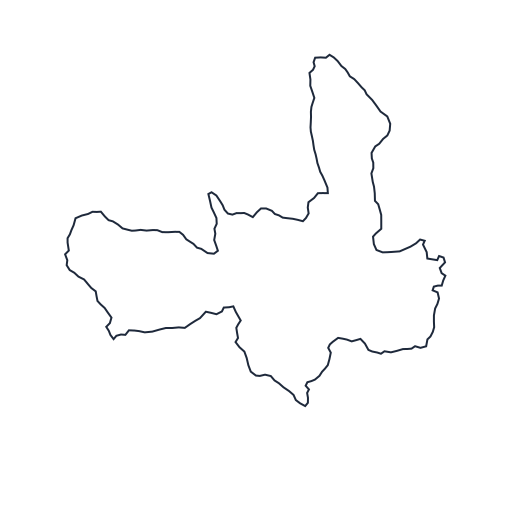 the district of Espera Feliz, Minas Gerais, Brazil, rotated 336°
{"feature_id": "56859067B13761080010034", "entity_name": "Espera Feliz", "entity_type": "district", "adm_level": 2, "iso_a3": "BRA", "parent_name": "Brazil", "parent_adm1": "Minas Gerais", "projection": "natural_earth1", "projection_center": [-41.928, -20.588], "detail": "fine", "context": "isolated", "style": "outline", "palette": "slate", "viewbox_px": 512, "rotation_deg": 336, "n_neighbors": 0, "source": "geoboundaries", "source_scale": "gbopen_adm2", "svg_char_len": 3618}
<svg xmlns="http://www.w3.org/2000/svg" viewBox="0 0 512 512"><g transform="rotate(336 256 256)"><path d="M374.8,122.6L374.2,129.5L373.6,135.3L370.3,138.9L367.3,142.3L364.8,146.6L362.8,151.4L360.3,156.4L358.1,160.7L356.7,164.7L355.8,169.3L354.8,174.0L353.6,178.1L352.4,182.6L351.8,187.4L350.9,191.9L349.9,196.1L349.5,200.9L348.9,205.2L349.3,209.6L349.3,215.2L349.1,222.6L347.2,227.8L342.4,225.6L338.1,223.8L332.7,226.6L325.8,228.2L323.0,232.8L321.4,238.5L317.1,241.6L313.0,243.3L308.9,240.0L304.8,237.0L300.0,234.2L296.0,231.8L293.5,228.2L290.3,225.3L288.9,221.2L284.6,216.7L279.9,214.6L274.6,216.4L268.9,219.2L265.4,214.7L262.7,211.9L259.1,210.5L255.7,208.9L251.3,208.6L247.6,205.8L246.0,200.9L246.2,196.1L245.6,191.6L244.4,184.6L241.3,179.7L237.7,180.0L236.4,187.0L235.0,193.7L235.2,198.7L235.3,205.2L233.2,210.6L229.1,214.2L227.9,219.1L224.3,224.4L223.8,230.8L223.3,235.7L218.5,236.8L212.9,233.6L208.9,227.2L205.5,224.4L203.8,219.5L201.4,215.9L199.1,212.4L198.0,207.0L195.8,202.8L191.7,200.9L185.6,198.6L180.1,196.1L176.4,192.3L172.5,190.4L166.4,188.3L161.2,185.2L156.2,183.7L152.8,182.4L149.2,179.6L145.3,176.5L142.7,171.1L139.3,166.1L135.9,163.3L134.0,158.4L132.3,152.4L128.5,151.0L124.6,149.1L119.7,149.3L113.4,148.2L106.5,148.1L101.9,153.7L97.9,157.3L94.8,160.5L91.1,163.1L89.3,167.2L87.2,174.9L82.3,176.8L81.9,183.1L79.3,187.4L80.1,193.1L83.2,197.4L85.4,202.6L89.4,207.5L91.1,213.5L92.5,218.2L95.2,223.1L94.0,227.8L92.9,232.6L94.4,237.0L96.6,241.9L97.6,247.3L98.9,253.5L95.2,257.9L90.4,259.8L91.1,264.5L90.9,268.9L92.1,274.0L96.0,272.1L100.7,272.8L104.6,274.9L109.7,272.2L114.7,274.7L118.7,277.1L123.3,280.5L130.5,282.9L138.2,284.0L144.3,285.1L150.2,287.7L156.4,289.8L161.7,292.7L168.4,291.4L174.4,290.5L179.5,290.0L183.2,288.4L187.5,286.5L191.5,289.4L196.2,293.1L202.3,292.8L205.6,290.0L210.7,291.9L214.8,292.8L214.8,298.8L215.3,303.8L215.8,308.7L211.9,311.2L208.8,313.6L207.4,318.7L206.2,323.6L202.3,326.3L203.8,332.6L206.5,338.6L206.0,345.4L204.6,352.6L204.2,359.5L207.3,365.2L210.7,367.1L216.0,368.1L220.7,371.7L222.3,377.2L225.2,381.6L227.7,387.1L231.3,392.9L233.8,398.2L233.8,403.8L236.3,408.4L239.9,413.1L243.7,411.2L245.8,406.7L247.0,401.9L250.1,399.4L248.6,394.7L251.6,392.2L255.7,392.8L259.5,392.9L265.2,391.3L269.3,388.6L273.1,387.0L277.2,384.9L281.2,380.0L285.0,374.7L284.6,369.3L287.5,366.8L291.3,365.6L297.7,364.2L301.6,366.8L305.0,369.3L308.7,372.9L313.2,373.6L317.7,374.2L319.9,380.3L320.5,387.5L323.3,390.5L327.5,393.5L330.4,396.1L334.6,395.3L340.1,398.9L346.3,400.0L352.4,400.8L356.7,402.6L360.4,403.9L364.6,403.1L368.9,406.8L374.7,407.7L378.7,401.9L382.6,400.5L386.7,397.2L389.8,393.5L391.8,388.4L394.4,382.6L398.3,376.8L402.2,373.6L405.9,369.3L407.1,363.1L403.4,359.2L406.0,356.3L410.1,357.0L413.6,358.6L417.1,354.5L421.0,351.0L418.6,347.2L419.0,341.7L426.1,338.7L426.7,333.7L423.2,330.5L419.9,333.5L411.5,328.0L413.5,321.9L413.2,313.5L416.3,310.7L412.6,307.7L407.4,309.5L400.9,310.3L389.1,310.2L385.5,308.9L381.6,307.5L377.9,306.1L373.2,304.2L368.5,299.5L368.5,293.1L370.8,285.9L374.6,284.2L381.5,282.1L384.7,274.9L387.1,269.4L387.9,264.2L388.7,258.4L387.1,254.0L390.0,247.0L392.0,240.7L392.8,235.8L395.0,227.5L398.9,223.5L401.1,218.4L401.5,214.0L403.5,208.8L409.5,204.4L414.2,203.6L419.8,200.7L425.0,199.3L429.1,195.8L432.4,189.8L432.7,181.9L428.5,174.7L427.2,168.0L425.6,160.7L422.8,153.3L422.7,148.8L421.1,144.9L419.5,139.6L417.7,134.4L414.8,130.0L414.4,125.6L413.6,121.5L411.3,117.2L409.9,111.2L407.8,106.2L405.0,102.1L400.5,103.3L395.9,100.9L390.7,98.9L387.4,102.4L386.8,106.5L383.8,109.1L379.3,110.5L377.5,116.9L374.8,122.6Z" fill="none" stroke="#1e293b" stroke-width="2"/></g></svg>